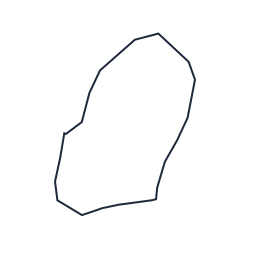 the district of Shirvan City, Shirvan, Azerbaijan, rotated 25°
{"feature_id": "54616110B45272408011177", "entity_name": "Shirvan City", "entity_type": "district", "adm_level": 2, "iso_a3": "AZE", "parent_name": "Azerbaijan", "parent_adm1": "Shirvan", "projection": "equal_earth", "projection_center": [48.921, 39.972], "detail": "fine", "context": "isolated", "style": "outline", "palette": "slate", "viewbox_px": 256, "rotation_deg": 25, "n_neighbors": 0, "source": "geoboundaries", "source_scale": "gbopen_adm2", "svg_char_len": 448}
<svg xmlns="http://www.w3.org/2000/svg" viewBox="0 0 256 256"><g transform="rotate(25 128 128)"><path d="M72.5,159.7L79.2,183.9L84.5,207.4L94.6,223.4L99.6,223.9L123.1,226.4L138.5,211.6L152.0,201.4L161.0,195.7L180.6,183.1L183.5,180.7L179.7,169.8L177.0,151.9L175.7,142.9L177.7,118.6L177.7,93.6L168.3,55.9L155.0,42.4L115.6,29.6L96.9,45.1L78.3,87.6L78.2,112.5L83.6,142.2L74.2,159.7L72.5,159.7Z" fill="none" stroke="#1e293b" stroke-width="2"/></g></svg>